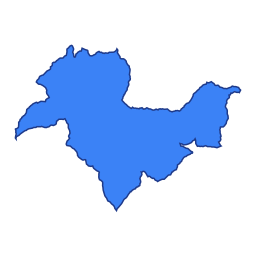 Gran Chimu, La Libertad, Peru (Robinson projection)
{"feature_id": "86281439B8302617209197", "entity_name": "Gran Chimu", "entity_type": "district", "adm_level": 2, "iso_a3": "PER", "parent_name": "Peru", "parent_adm1": "La Libertad", "projection": "robinson", "projection_center": [-78.617, -7.596], "detail": "fine", "context": "isolated", "style": "filled", "palette": "blue", "viewbox_px": 256, "rotation_deg": 0, "n_neighbors": 0, "source": "geoboundaries", "source_scale": "gbopen_adm2", "svg_char_len": 5771}
<svg xmlns="http://www.w3.org/2000/svg" viewBox="0 0 256 256"><path d="M66.3,143.6L66.3,144.5L66.9,145.5L70.4,146.1L72.6,148.2L74.1,148.9L76.8,152.0L77.5,154.1L77.5,155.3L78.6,157.1L81.7,159.5L83.0,160.1L85.0,159.6L85.6,159.8L86.5,164.1L87.7,165.0L88.4,165.9L90.9,166.4L92.7,166.0L93.2,167.4L93.8,168.4L96.7,170.7L98.5,171.5L99.3,172.2L98.8,174.1L99.0,175.1L98.8,175.9L98.9,177.9L99.5,179.7L100.8,180.3L102.1,181.4L102.6,182.1L102.7,183.1L102.6,185.8L102.9,186.9L103.2,190.1L104.8,195.5L105.3,196.5L106.6,198.1L107.8,200.9L110.0,201.9L111.6,203.9L112.8,204.8L113.8,205.8L114.6,207.3L114.9,208.5L116.5,210.6L117.2,208.5L118.2,207.7L121.7,203.5L123.9,199.5L124.8,198.7L125.8,198.1L126.9,196.9L128.5,194.2L129.9,192.5L130.2,191.8L131.1,191.7L131.3,191.1L131.9,190.8L132.3,190.2L134.6,188.9L135.2,188.9L135.7,188.5L135.9,187.7L136.5,187.2L137.8,186.9L138.5,186.0L139.4,185.9L139.7,185.6L139.9,185.2L139.9,183.5L140.4,183.0L140.7,181.8L140.4,180.1L139.8,178.7L140.1,178.3L140.3,177.0L141.1,176.2L141.2,175.8L141.9,174.7L141.6,172.6L141.3,172.1L142.0,172.1L142.9,171.4L143.9,171.4L144.7,171.8L146.0,173.4L147.4,176.0L148.2,176.2L148.1,176.6L149.5,176.3L150.3,176.7L150.8,177.4L151.8,177.9L152.3,178.4L153.1,178.2L154.0,178.4L155.2,180.1L156.9,180.8L157.6,181.5L159.5,180.4L162.1,179.3L164.3,179.2L168.4,175.1L170.6,174.8L171.5,173.1L171.8,172.2L172.6,172.0L173.1,171.3L174.8,170.2L176.4,169.6L176.6,168.6L177.4,166.9L177.5,164.9L179.8,163.4L180.2,162.3L181.5,161.5L182.0,160.1L183.6,157.7L184.8,156.7L186.0,156.5L187.4,155.3L190.2,154.2L191.1,153.3L192.4,153.1L192.6,152.4L192.4,151.9L190.7,151.1L187.9,148.5L186.0,148.2L182.5,146.2L180.9,146.1L180.0,143.5L182.4,144.1L183.6,144.9L186.3,144.6L188.6,143.9L191.5,142.5L192.7,140.8L194.3,140.1L195.1,138.8L195.6,140.1L195.8,143.6L197.4,146.3L198.9,146.1L200.0,146.5L201.5,146.3L203.1,146.6L204.5,146.0L205.8,145.7L207.5,146.6L210.7,146.6L211.9,147.0L214.1,147.0L217.0,147.7L221.1,146.0L220.5,145.5L218.6,142.0L220.0,141.1L220.8,139.7L220.4,136.9L221.0,136.4L220.9,135.6L220.1,132.8L220.1,130.7L219.7,129.9L220.3,128.4L220.3,127.2L220.5,127.0L223.2,126.9L224.7,125.6L225.3,124.5L226.1,123.7L226.7,121.0L228.2,118.5L228.0,115.8L227.4,114.4L227.2,113.3L227.3,110.9L227.0,109.5L225.5,107.2L225.4,106.5L225.9,104.3L226.9,103.0L226.6,101.8L226.6,100.8L227.5,99.2L229.2,97.8L229.4,97.0L229.0,95.1L230.4,94.8L230.9,93.1L232.1,93.2L234.5,91.7L236.8,92.4L238.9,92.3L239.3,92.6L240.6,90.1L239.4,88.9L238.6,87.5L235.7,86.6L233.9,86.6L232.6,86.1L232.1,86.2L230.9,87.2L228.4,88.0L226.9,88.7L224.9,88.4L224.0,88.6L221.9,87.5L219.8,87.1L219.5,86.5L218.0,85.2L215.9,85.5L215.0,85.2L213.9,83.5L212.8,82.9L211.3,81.7L209.1,82.7L207.7,82.8L206.9,82.3L206.1,84.2L204.2,84.5L202.5,85.4L201.7,86.6L200.0,87.5L198.9,89.4L197.6,90.2L195.9,92.1L193.8,93.7L193.3,94.4L193.1,95.8L192.1,97.9L190.9,100.0L188.8,102.8L187.0,103.3L185.4,104.5L184.8,105.5L184.1,106.0L184.1,106.7L183.8,107.2L182.9,107.6L182.0,108.6L181.4,108.8L180.7,110.2L179.4,111.1L177.5,110.5L176.2,110.7L175.5,110.6L174.9,111.1L173.0,111.4L172.3,111.8L171.7,111.7L169.7,111.0L167.4,109.0L164.6,109.3L162.1,108.8L161.2,109.2L160.3,108.8L159.0,109.0L158.1,109.9L156.5,109.2L156.0,109.5L155.4,109.3L154.9,109.8L153.8,110.1L152.6,110.0L150.5,109.0L148.4,108.8L147.9,108.2L146.8,107.8L146.2,108.1L145.6,108.7L143.6,109.1L143.2,109.0L142.8,108.3L142.0,107.7L141.0,108.1L140.0,108.0L139.3,108.7L138.7,108.7L137.5,108.4L136.6,108.5L135.9,108.1L133.9,108.2L132.5,107.2L131.6,108.3L131.2,108.5L127.7,106.1L126.3,104.5L125.3,103.9L122.3,100.7L121.9,99.9L122.7,98.6L123.0,96.9L124.0,95.3L124.0,94.5L124.7,94.1L125.7,91.8L126.9,90.3L127.2,89.4L127.2,88.1L128.7,85.1L128.8,84.2L128.4,82.1L129.3,80.6L130.2,79.8L130.3,78.3L130.0,77.6L130.1,76.4L129.4,74.7L130.0,70.6L130.0,69.1L129.4,67.9L129.2,66.1L128.1,65.2L127.4,64.3L126.4,62.5L126.2,61.2L125.9,60.8L124.6,59.4L123.4,58.8L121.2,58.8L120.2,58.1L120.0,57.6L120.0,56.7L117.4,52.8L117.8,50.1L116.9,48.9L116.6,49.8L115.5,51.1L114.4,51.8L113.5,52.2L109.2,52.3L108.0,53.2L105.2,52.9L104.2,53.4L103.6,53.1L102.5,53.1L101.6,52.3L100.2,52.4L99.0,51.4L98.2,51.9L97.6,52.0L96.1,53.1L95.7,54.0L94.5,54.7L93.5,55.0L92.8,55.6L91.6,55.9L90.0,55.7L89.6,55.3L88.1,52.9L87.8,50.7L87.5,50.3L85.2,49.6L82.1,48.2L81.3,51.0L80.8,51.2L80.0,51.0L77.8,52.3L76.9,53.5L76.0,54.0L75.5,56.3L75.0,57.1L74.4,57.1L73.9,56.7L73.5,54.1L72.7,52.2L73.6,49.3L73.5,48.5L72.4,46.0L71.8,45.5L71.3,45.4L69.7,46.3L68.6,47.8L67.1,48.9L66.9,49.8L67.0,51.9L66.3,55.4L64.6,56.1L63.1,57.9L62.3,58.1L60.1,58.1L58.3,59.3L57.9,59.9L56.5,60.7L55.9,61.6L54.6,62.4L53.7,62.3L52.6,62.9L52.3,63.6L52.3,65.2L51.4,66.4L50.6,66.7L50.4,67.0L50.6,68.2L50.4,69.1L49.3,69.9L47.0,71.0L43.2,75.0L42.0,75.3L39.9,76.3L39.3,77.2L38.8,78.7L37.1,80.3L36.3,82.0L38.5,84.1L40.7,84.4L43.1,85.7L45.6,87.6L46.8,90.2L46.5,91.8L46.8,93.6L47.7,95.0L48.3,95.5L49.2,97.6L47.3,98.6L45.9,99.7L45.4,101.6L40.9,101.3L37.5,103.1L36.9,102.4L36.3,102.3L32.9,103.9L31.9,104.9L30.6,105.8L30.2,106.4L29.5,106.8L28.9,107.9L28.1,108.3L26.8,109.5L26.3,112.8L24.5,115.4L23.4,115.9L22.4,117.1L21.8,117.3L21.5,118.4L20.2,119.4L19.7,121.2L18.7,122.2L18.7,124.6L18.5,127.0L18.3,127.5L16.8,128.6L15.6,128.9L15.4,129.1L15.9,130.7L15.8,132.5L16.2,133.3L16.1,134.5L15.7,135.9L15.4,137.7L15.5,138.3L16.0,138.9L15.9,138.2L16.5,136.6L19.0,135.3L20.4,133.9L24.9,130.7L26.3,130.4L27.0,129.7L28.7,128.8L32.5,128.1L33.5,127.5L36.0,127.4L36.8,126.7L40.9,126.7L41.6,126.4L44.8,127.5L46.7,127.5L47.3,127.1L48.9,126.8L50.8,125.2L51.7,125.1L53.4,125.5L55.6,124.5L56.2,123.8L56.6,121.1L57.7,120.6L58.3,119.7L58.9,119.3L62.0,119.2L63.2,119.5L64.9,118.7L65.3,119.2L65.6,120.3L66.0,120.5L66.8,122.8L68.3,124.4L68.3,127.8L69.6,130.5L70.0,133.2L68.6,136.1L68.8,137.0L69.7,138.1L68.0,140.3L67.1,141.1L66.3,143.6Z" fill="#3b82f6" stroke="#1e3a8a" stroke-width="1.5"/></svg>